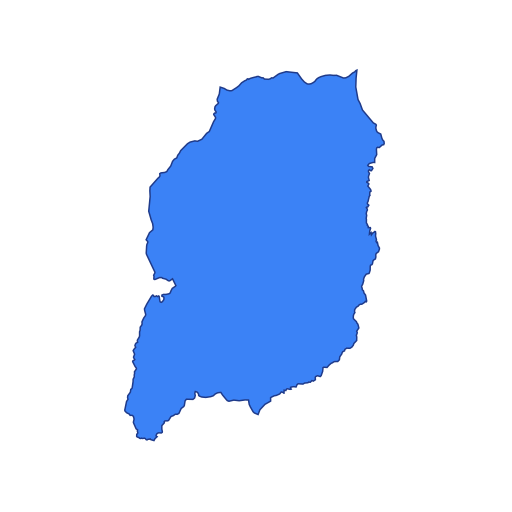 outline of Laleia, Manatuto, East Timor, rotated 13°
{"feature_id": "22284137B53372282779403", "entity_name": "Laleia", "entity_type": "district", "adm_level": 2, "iso_a3": "TLS", "parent_name": "East Timor", "parent_adm1": "Manatuto", "projection": "natural_earth1", "projection_center": [126.125, -8.597], "detail": "fine", "context": "isolated", "style": "filled", "palette": "blue", "viewbox_px": 512, "rotation_deg": 13, "n_neighbors": 0, "source": "geoboundaries", "source_scale": "gbopen_adm2", "svg_char_len": 6116}
<svg xmlns="http://www.w3.org/2000/svg" viewBox="0 0 512 512"><g transform="rotate(13 256 256)"><path d="M293.7,410.0L294.4,404.9L298.1,398.5L302.9,394.1L302.1,390.8L302.5,390.3L305.2,388.1L307.1,387.3L309.7,385.4L310.2,384.9L311.2,382.8L313.1,382.8L313.6,383.3L314.1,383.3L313.6,380.4L315.3,380.4L315.7,378.8L316.5,378.3L319.1,378.3L320.2,377.8L319.4,376.9L319.2,376.2L320.8,375.3L322.3,374.8L324.5,374.6L324.9,372.2L325.8,371.0L330.6,370.2L331.9,368.9L335.1,367.8L335.7,367.0L337.3,366.8L338.5,364.8L340.0,365.0L341.7,363.2L341.0,360.9L341.3,360.0L342.9,358.8L345.7,359.0L346.4,357.9L346.9,353.3L346.4,349.7L347.1,349.1L350.3,348.6L351.8,345.8L353.4,343.6L354.6,342.8L355.3,341.9L356.3,341.2L359.4,340.4L360.6,338.4L360.3,335.4L361.6,332.2L361.7,330.7L362.0,329.8L363.6,328.5L363.6,327.0L365.1,325.4L368.3,324.8L369.9,323.2L370.9,321.0L371.0,319.3L373.1,315.7L372.4,312.3L371.6,310.6L371.9,308.9L371.8,307.6L371.0,306.7L372.4,303.0L371.0,300.2L370.3,299.2L369.4,298.6L368.6,297.4L365.2,295.3L364.7,294.4L364.3,292.3L364.4,290.7L365.1,288.9L364.6,288.3L364.2,286.1L365.3,283.3L366.8,281.9L367.6,280.3L368.9,279.3L369.9,279.2L372.3,276.7L372.7,275.6L373.7,275.9L374.0,275.0L371.5,269.4L369.6,267.8L368.5,265.7L367.2,265.0L366.6,263.3L366.0,262.6L365.7,261.7L366.3,259.5L366.5,255.8L366.0,254.4L366.3,251.9L367.5,248.9L370.0,247.6L370.2,247.1L370.4,244.1L369.6,240.2L369.7,239.2L370.9,238.3L371.2,237.5L371.1,234.4L371.5,233.5L373.0,232.0L373.0,230.0L372.4,227.8L372.6,226.4L374.4,224.3L374.7,221.6L374.5,220.5L372.6,218.4L371.2,215.3L370.7,215.8L369.8,214.9L369.6,214.3L369.8,213.5L369.6,212.8L368.0,209.7L367.6,207.1L366.9,205.4L366.2,205.4L365.5,206.5L364.6,207.2L363.7,209.4L362.9,207.3L361.6,209.2L361.2,206.0L361.4,203.2L361.0,202.6L359.0,203.1L358.7,201.8L357.5,201.0L357.5,200.3L356.1,198.9L355.4,195.6L354.9,194.5L354.7,191.5L353.9,190.0L353.8,187.8L354.2,186.2L353.9,185.3L352.6,184.1L352.7,183.6L353.8,183.1L354.5,181.1L352.9,180.2L352.6,179.6L352.6,178.5L352.9,177.7L352.9,172.4L353.4,171.2L353.0,170.7L352.5,168.1L353.5,167.0L353.1,166.0L352.4,165.2L349.2,162.7L349.8,160.4L349.3,159.9L347.4,159.3L347.3,158.5L349.3,157.0L347.9,154.3L347.7,152.9L348.0,150.1L346.7,148.7L346.4,147.7L347.0,146.4L348.7,147.1L349.3,146.9L350.2,144.4L349.1,143.0L345.5,143.4L344.5,142.5L345.6,140.4L349.2,138.4L350.6,138.2L349.7,134.3L350.8,130.1L349.3,124.9L349.4,123.3L350.0,122.7L351.7,122.6L354.0,119.4L355.4,118.8L355.6,117.5L354.9,115.5L353.4,114.5L352.2,113.0L350.1,109.1L347.2,108.4L345.9,107.7L345.2,106.8L344.0,104.5L343.8,103.3L343.8,101.4L343.1,100.7L340.3,99.9L326.9,89.8L323.2,84.1L320.2,80.6L315.2,68.9L313.5,60.1L312.5,52.2L311.5,53.0L310.8,54.4L308.9,56.0L306.0,60.1L303.4,62.2L301.2,62.9L293.9,61.8L290.8,62.6L287.3,63.0L283.0,64.4L279.0,66.6L277.1,68.0L275.7,69.4L274.7,71.1L274.1,72.6L272.9,74.0L271.0,75.7L268.9,76.6L267.2,76.8L264.0,75.6L260.7,73.3L255.1,68.3L243.9,69.6L238.0,72.9L236.7,74.0L232.6,78.7L231.1,78.9L229.9,80.2L228.5,81.0L224.4,81.7L222.9,80.8L221.5,81.1L217.9,80.5L216.5,80.9L216.1,81.3L213.8,82.4L210.5,84.2L209.1,85.5L208.3,85.1L207.6,85.5L207.1,86.7L205.6,87.8L203.0,90.5L201.1,94.0L199.2,96.3L195.3,100.3L193.5,100.9L190.4,100.9L187.4,99.9L183.1,99.5L183.8,106.4L182.9,112.0L183.6,113.9L184.9,115.0L184.9,115.8L183.0,118.5L182.5,119.7L182.6,122.0L183.3,123.3L184.6,124.4L184.8,125.2L184.6,125.8L183.6,126.0L183.0,126.8L183.0,127.7L185.2,129.8L185.6,130.6L185.5,131.6L184.5,134.5L182.5,145.2L180.3,147.6L177.0,154.4L173.2,157.4L170.5,157.6L166.2,159.8L164.0,162.0L158.9,170.3L158.2,173.1L157.1,175.4L156.7,178.3L154.7,180.0L153.8,181.7L153.4,182.6L152.7,187.5L150.7,191.7L150.1,193.8L148.3,195.1L144.7,196.4L143.7,197.4L144.4,199.5L143.9,201.1L143.0,202.2L137.3,212.7L137.9,216.3L139.5,221.9L141.4,236.5L145.7,244.3L148.0,247.7L149.3,251.1L149.6,253.7L147.0,257.2L145.3,264.9L147.2,266.2L147.5,267.3L147.1,269.3L147.2,270.9L148.4,277.9L149.0,279.1L161.0,294.3L161.3,295.1L160.6,297.8L161.2,298.8L161.6,301.4L162.2,301.7L163.0,301.5L166.9,298.7L169.0,298.2L169.9,298.7L173.4,298.8L176.1,299.8L177.0,299.8L177.6,299.5L179.8,297.0L184.6,302.9L184.2,303.7L181.7,306.4L181.0,309.0L180.8,310.5L180.5,311.6L179.7,312.4L176.9,313.7L174.4,314.3L173.1,315.3L173.4,316.4L175.2,316.6L175.7,317.4L176.0,319.3L175.1,321.4L174.3,322.4L173.2,322.4L172.6,321.8L170.8,317.3L170.2,316.8L169.1,317.7L168.1,317.2L166.8,318.2L165.7,318.4L164.9,317.4L164.1,317.3L163.2,318.8L160.4,327.5L159.2,332.6L159.8,334.2L161.7,337.8L161.7,339.0L160.6,341.6L160.1,343.8L159.7,345.9L160.3,347.7L160.2,349.1L159.2,351.4L159.8,354.5L159.6,356.0L160.5,359.9L160.5,361.1L159.4,364.5L159.4,365.2L160.1,366.7L158.8,367.8L158.3,369.0L158.2,370.6L159.3,372.0L158.0,374.5L157.6,375.9L159.5,378.5L159.8,379.1L159.4,382.1L160.1,383.1L161.2,384.1L160.7,385.0L159.7,385.7L159.6,386.7L163.1,390.9L164.5,392.0L164.9,392.9L163.6,396.2L164.1,397.5L164.1,399.3L164.6,401.2L164.0,403.7L164.5,406.1L165.0,412.4L164.8,413.2L164.0,414.1L164.2,417.0L162.5,421.0L162.7,422.8L163.5,424.4L162.6,426.8L162.8,435.6L163.1,436.4L165.1,437.8L168.0,438.5L169.2,439.6L171.1,439.1L172.6,439.8L173.9,442.3L173.9,445.4L174.1,446.0L178.1,451.4L179.7,452.0L179.8,453.4L180.5,454.5L180.6,455.6L179.9,456.5L180.3,458.6L180.8,459.0L183.1,459.4L183.7,459.8L184.6,459.8L185.5,459.2L186.2,459.4L188.4,458.6L189.2,458.8L190.4,459.7L191.2,459.7L192.1,458.8L193.2,458.6L194.0,458.0L194.8,458.6L198.1,458.8L198.7,456.6L200.3,454.3L199.2,453.9L199.0,453.3L199.3,451.7L199.9,450.9L200.9,450.2L203.6,449.7L204.3,448.9L204.2,448.1L203.2,445.9L202.4,442.5L204.2,439.1L203.8,438.1L204.5,437.1L206.9,436.5L207.8,435.9L209.3,431.5L211.4,430.1L212.7,428.6L213.3,428.2L214.8,428.0L216.3,426.7L217.4,421.4L219.4,419.0L219.8,417.9L219.5,413.1L220.4,411.2L226.8,409.9L228.1,408.2L228.2,405.6L227.3,403.7L227.3,401.7L229.0,401.8L230.2,402.5L231.2,403.7L231.5,404.7L232.2,405.2L234.7,405.6L238.8,405.1L243.6,403.2L245.8,401.8L247.4,399.5L249.4,397.9L252.4,396.8L254.7,399.0L259.4,402.6L260.6,403.4L262.3,403.6L266.8,401.4L272.2,400.8L277.7,398.7L281.1,398.0L282.8,402.2L284.6,404.5L288.2,408.4L289.7,409.3L293.7,410.0Z" fill="#3b82f6" stroke="#1e3a8a" stroke-width="1.5"/></g></svg>